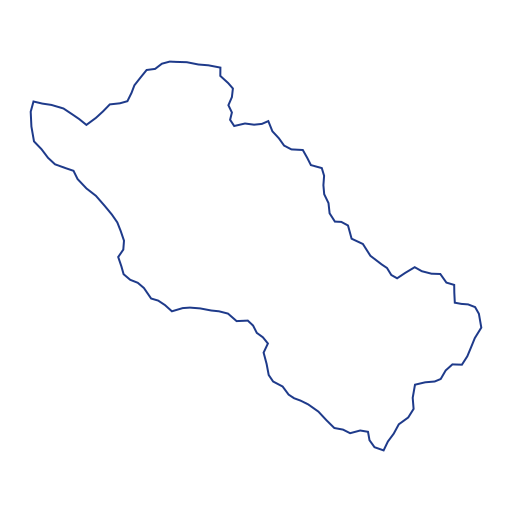 outline of Ibiam, Santa Catarina, Brazil
{"feature_id": "56859067B57990833379238", "entity_name": "Ibiam", "entity_type": "district", "adm_level": 2, "iso_a3": "BRA", "parent_name": "Brazil", "parent_adm1": "Santa Catarina", "projection": "natural_earth1", "projection_center": [-51.214, -27.212], "detail": "fine", "context": "isolated", "style": "outline", "palette": "blue", "viewbox_px": 512, "rotation_deg": 0, "n_neighbors": 0, "source": "geoboundaries", "source_scale": "gbopen_adm2", "svg_char_len": 1868}
<svg xmlns="http://www.w3.org/2000/svg" viewBox="0 0 512 512"><path d="M481.3,327.6L478.9,313.8L475.1,307.1L468.1,304.4L461.4,303.9L454.8,302.7L454.3,292.5L454.2,284.9L446.4,282.6L440.3,274.0L431.5,273.7L421.8,271.2L414.7,267.2L405.2,272.9L397.1,278.3L391.3,275.0L387.0,268.0L381.5,264.3L370.4,255.8L362.9,244.0L351.6,238.7L348.0,225.5L341.3,221.9L334.9,221.6L329.6,213.3L328.5,203.1L324.2,194.2L323.4,185.2L324.1,175.8L321.8,168.1L310.9,165.1L307.2,157.8L302.8,150.0L291.4,149.4L284.1,145.6L278.9,138.3L272.4,131.3L268.3,121.1L261.9,123.9L254.1,124.7L245.0,123.5L234.2,126.0L230.1,119.8L231.9,112.5L228.4,105.2L231.9,97.1L232.9,88.5L228.2,83.1L220.3,75.9L220.4,67.6L208.4,65.3L198.4,64.5L186.8,62.2L176.4,61.9L169.7,61.6L161.9,63.7L155.1,68.9L146.6,70.0L140.3,77.8L134.4,85.3L131.5,92.9L127.4,101.2L119.9,103.3L109.8,104.4L103.0,111.4L95.9,117.9L86.4,124.9L79.1,119.0L71.9,114.1L63.5,108.5L51.3,104.9L42.4,103.6L33.5,101.5L30.7,111.7L31.4,126.5L34.0,141.4L41.5,149.2L48.0,157.8L55.0,164.3L65.5,168.1L73.5,170.8L77.6,179.1L86.5,188.5L95.9,195.8L104.8,206.0L111.9,214.6L117.3,222.4L120.7,231.0L124.0,240.7L123.3,249.6L118.2,257.0L121.4,266.4L123.6,274.2L130.2,279.8L137.8,282.8L143.9,288.0L151.1,298.5L158.2,300.6L165.0,305.1L171.9,311.3L182.7,308.1L189.9,307.6L200.1,308.4L211.2,310.5L219.0,311.3L228.0,313.6L236.6,321.1L247.8,320.6L253.1,325.6L256.8,332.9L262.9,337.3L267.9,343.5L263.6,352.6L266.6,363.9L268.7,375.0L273.1,381.5L282.6,386.5L288.6,394.6L294.0,398.2L300.5,400.6L308.2,404.4L318.4,411.6L326.5,420.3L334.3,428.0L343.0,429.6L350.1,433.2L360.2,430.5L368.0,431.8L369.5,440.2L374.5,447.2L383.6,450.4L387.9,441.5L393.7,433.7L398.8,424.3L408.2,417.5L413.6,408.9L412.7,397.8L415.0,384.7L425.2,382.3L434.7,381.5L440.7,379.0L445.7,370.4L452.4,364.4L461.9,364.7L467.3,356.3L471.1,347.2L474.8,338.1L481.3,327.6Z" fill="none" stroke="#1e3a8a" stroke-width="2"/></svg>